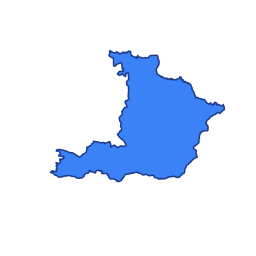 the district of Santuario, Antioquia, Colombia, rotated 140°
{"feature_id": "7082276B94557832813539", "entity_name": "Santuario", "entity_type": "district", "adm_level": 2, "iso_a3": "COL", "parent_name": "Colombia", "parent_adm1": "Antioquia", "projection": "albers", "projection_center": [-75.251, 6.114], "detail": "fine", "context": "isolated", "style": "filled", "palette": "blue", "viewbox_px": 256, "rotation_deg": 140, "n_neighbors": 0, "source": "geoboundaries", "source_scale": "gbopen_adm2", "svg_char_len": 5781}
<svg xmlns="http://www.w3.org/2000/svg" viewBox="0 0 256 256"><g transform="rotate(140 128 128)"><path d="M135.4,68.3L135.2,67.4L133.9,66.8L132.5,65.5L129.5,64.5L129.2,64.7L128.7,64.3L127.8,64.3L126.5,62.9L125.0,62.5L124.4,61.6L123.5,61.3L123.1,60.0L122.0,58.4L121.4,58.0L120.8,57.9L120.4,57.4L116.6,57.7L116.0,58.0L114.2,57.3L113.0,57.8L110.6,60.3L109.1,60.5L107.1,61.8L105.0,61.4L103.7,61.9L101.8,61.6L99.3,62.1L96.7,62.1L93.6,61.3L92.2,64.8L90.3,66.7L90.3,68.0L91.0,69.5L90.7,70.7L90.2,71.1L84.2,71.1L82.8,71.4L81.1,73.7L79.7,74.3L79.4,75.2L78.8,75.8L77.0,76.9L75.8,77.2L75.3,78.0L71.9,77.0L69.7,75.8L69.2,74.9L68.7,74.8L67.3,75.6L67.1,76.5L66.0,77.2L65.6,78.4L65.6,79.8L65.1,81.4L62.4,83.3L59.9,82.9L57.2,83.6L56.2,83.1L53.6,83.0L52.1,82.1L50.1,82.6L49.8,82.2L48.8,81.7L48.8,80.9L48.3,80.4L47.6,80.1L43.2,80.4L42.3,80.1L41.8,81.1L40.8,82.2L40.5,83.2L41.0,83.9L40.3,84.5L41.5,84.7L42.1,85.1L43.2,86.9L43.8,87.2L43.8,88.1L44.2,88.2L44.4,88.6L44.9,88.5L45.0,89.4L44.2,90.1L44.3,90.8L44.8,91.7L45.5,91.7L46.3,91.2L46.7,91.7L47.0,91.7L47.5,90.9L47.9,90.9L48.9,92.8L48.6,94.1L49.3,94.1L49.8,94.5L50.5,94.2L51.0,94.6L51.4,96.2L51.2,100.8L52.9,102.2L53.0,103.2L53.8,103.8L54.3,104.4L55.2,106.8L56.7,107.7L55.9,108.9L55.5,111.1L54.5,113.0L53.9,117.2L53.1,117.4L52.7,120.0L52.1,120.6L52.4,122.7L53.0,123.4L53.7,123.7L53.7,124.0L53.2,124.3L54.1,124.9L54.2,126.5L54.9,126.5L55.4,126.8L54.8,127.4L55.7,128.2L54.9,129.6L55.2,129.9L55.9,129.7L56.0,130.6L55.7,131.5L54.9,131.6L54.9,131.8L55.3,132.1L54.8,132.9L55.7,133.9L56.0,133.7L56.3,133.2L57.4,133.0L57.8,133.4L58.9,133.8L59.4,134.3L60.4,134.0L61.8,135.7L62.3,135.9L62.4,136.7L63.1,136.7L62.7,137.4L63.0,138.2L63.4,138.3L63.6,137.9L63.9,137.9L64.1,138.6L64.9,138.6L65.2,139.4L66.1,139.7L66.3,140.1L66.2,141.2L66.5,141.4L67.0,141.1L67.4,141.4L67.6,142.4L68.5,143.4L68.6,145.1L69.3,145.3L69.3,145.7L69.7,145.8L69.5,146.6L70.1,147.4L70.1,148.1L70.6,149.2L70.7,151.2L69.9,152.4L69.7,153.8L67.7,155.4L65.5,156.0L63.6,156.8L61.6,158.7L60.7,160.6L60.4,162.0L59.5,162.9L59.0,165.0L62.9,168.1L64.5,169.1L67.6,168.9L68.5,169.6L69.6,171.0L71.2,171.5L72.3,173.2L74.4,175.8L73.9,177.0L74.4,177.1L74.8,176.7L75.2,176.8L76.3,175.9L76.8,176.0L76.5,176.7L76.8,177.2L76.6,177.4L78.0,178.9L78.2,180.4L79.1,181.2L78.1,182.8L77.9,183.8L77.0,184.7L76.9,185.1L78.3,186.6L78.9,186.4L79.8,186.6L80.3,186.3L80.5,187.1L82.1,187.4L82.4,187.6L82.2,188.4L82.7,188.6L83.3,189.5L83.6,189.5L83.6,188.9L83.8,188.8L84.5,189.4L85.5,189.4L86.0,189.9L86.9,190.3L86.8,191.4L87.5,192.0L87.5,193.3L87.8,193.7L89.1,193.5L90.1,194.3L91.5,196.6L92.0,198.7L92.6,198.7L92.6,198.4L94.4,196.7L96.0,195.7L95.8,194.0L94.4,191.0L94.5,190.5L99.1,184.8L98.0,183.7L95.4,183.9L91.8,182.8L91.4,181.2L92.5,180.0L92.9,178.3L94.2,177.6L93.8,176.7L93.7,175.7L94.8,175.7L94.9,174.7L95.4,175.2L96.5,175.1L97.1,176.2L98.3,176.8L99.3,176.8L101.4,176.1L101.2,174.9L100.6,173.9L99.0,173.2L97.3,172.9L97.4,170.8L96.7,169.2L95.0,170.5L94.7,171.3L93.0,170.6L92.5,170.0L96.2,164.8L96.7,164.6L97.6,164.7L99.2,164.4L100.9,162.5L101.3,161.6L100.8,160.3L100.9,159.4L102.1,158.2L103.0,156.8L102.9,156.5L104.0,155.8L107.6,152.0L108.3,151.0L108.5,149.8L111.2,149.6L112.0,149.9L112.1,150.4L112.7,150.4L113.9,149.2L114.6,145.5L115.7,144.7L117.2,145.8L120.1,145.2L121.2,144.5L121.8,144.7L122.3,144.5L123.3,142.3L123.6,142.1L128.1,141.6L129.9,138.4L129.9,135.8L130.9,135.7L131.8,135.0L132.8,133.3L133.1,131.7L134.7,130.4L135.5,130.9L135.8,130.4L137.0,130.4L138.8,129.8L140.1,130.0L140.3,129.7L140.4,125.0L139.7,122.4L139.5,120.5L140.2,116.7L140.7,116.1L142.5,116.2L143.5,117.0L145.0,119.0L148.1,119.5L148.9,121.0L149.0,122.3L149.6,123.6L150.2,124.0L151.2,124.0L151.8,124.4L152.5,124.3L153.2,124.5L151.5,127.1L151.5,127.6L150.8,128.7L150.8,129.3L155.8,131.1L155.6,131.8L156.0,132.7L156.7,132.8L157.4,133.6L158.8,134.5L159.7,136.5L160.6,137.0L161.8,138.7L162.7,139.3L162.9,139.9L164.7,138.8L166.1,139.1L167.0,138.5L171.0,139.2L171.7,139.6L171.7,138.7L172.8,138.8L174.7,136.8L176.6,136.2L178.8,136.6L179.6,137.0L179.9,136.7L180.7,136.9L182.1,136.5L184.3,137.3L184.8,138.0L184.4,138.7L184.6,139.3L186.5,144.8L188.6,146.8L190.6,150.8L193.8,155.2L196.1,156.9L196.9,157.0L197.6,156.3L196.2,155.2L195.8,154.3L196.5,151.4L198.6,151.6L199.0,151.2L196.8,148.5L195.8,148.0L195.7,146.6L196.6,146.4L197.5,146.6L197.6,146.2L197.9,146.1L200.4,148.0L201.0,147.1L200.5,146.8L200.6,145.9L201.1,145.9L202.7,145.0L203.5,145.0L204.4,145.9L204.4,146.5L204.9,147.1L205.5,147.5L205.9,146.5L205.8,144.7L207.3,145.2L208.3,142.7L209.6,142.5L209.7,141.8L210.6,141.1L210.5,140.3L211.0,141.0L212.8,142.4L213.3,143.8L214.5,144.0L215.7,143.8L215.4,142.7L214.1,141.7L214.4,140.6L214.2,139.0L213.9,138.3L213.2,137.7L212.7,134.9L209.8,132.8L207.7,132.3L206.8,131.3L204.4,130.0L202.5,128.1L202.0,126.7L200.6,126.0L199.9,124.5L199.5,122.8L197.6,120.8L195.7,119.6L193.3,119.2L192.3,119.5L191.2,120.4L189.0,120.0L187.7,119.0L187.1,119.0L186.4,119.6L185.9,119.7L184.7,118.9L184.6,119.9L184.1,119.4L184.2,117.8L183.2,117.0L182.9,116.0L182.4,115.7L182.1,114.7L181.6,114.6L180.3,115.5L179.5,115.6L178.3,115.1L177.5,114.5L177.7,113.6L176.9,113.5L176.8,112.6L176.0,112.3L175.6,111.7L175.7,111.2L176.5,110.9L176.5,110.2L177.2,110.0L175.9,108.5L174.9,108.1L173.5,106.9L173.9,105.1L173.4,104.7L174.0,103.8L173.9,102.9L174.4,102.3L174.2,101.6L174.4,100.5L172.2,98.6L170.9,97.0L170.6,95.8L170.9,95.1L170.4,94.7L170.5,93.8L169.9,93.9L169.0,92.6L167.2,92.2L166.8,92.2L166.5,92.7L165.2,92.5L164.7,93.0L163.1,93.0L161.0,93.9L160.2,94.0L158.6,93.5L157.5,92.5L156.6,92.4L155.9,91.6L153.9,91.0L153.4,90.1L152.6,90.1L151.6,89.5L150.3,89.1L149.8,88.3L149.2,88.2L149.1,86.8L147.4,84.8L146.7,82.4L145.8,81.7L144.3,81.4L142.4,77.7L139.8,76.2L139.2,75.6L139.0,74.9L139.4,72.7L137.6,70.8L137.6,69.4L136.1,68.3L135.4,68.3Z" fill="#3b82f6" stroke="#1e3a8a" stroke-width="1.5"/></g></svg>